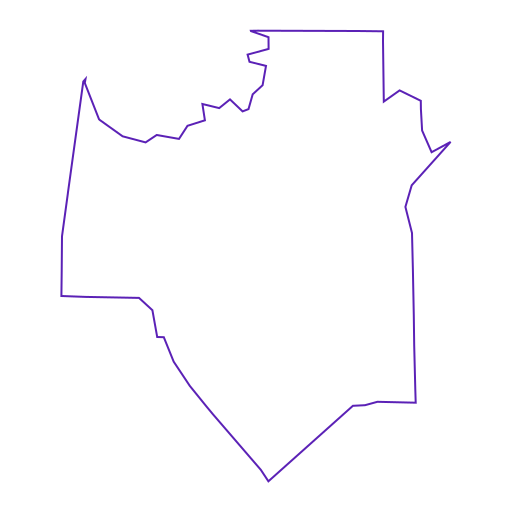 Marshall, Alabama, United States of America
{"feature_id": "52423323B91350179619182", "entity_name": "Marshall", "entity_type": "district", "adm_level": 2, "iso_a3": "USA", "parent_name": "United States of America", "parent_adm1": "Alabama", "projection": "albers", "projection_center": [-86.327, 34.349], "detail": "fine", "context": "isolated", "style": "outline", "palette": "violet", "viewbox_px": 512, "rotation_deg": 0, "n_neighbors": 0, "source": "geoboundaries", "source_scale": "gbopen_adm2", "svg_char_len": 889}
<svg xmlns="http://www.w3.org/2000/svg" viewBox="0 0 512 512"><path d="M157.2,337.0L163.8,337.2L173.7,361.7L183.9,377.0L189.8,385.9L206.4,406.4L212.7,414.0L260.8,469.8L268.4,481.3L352.9,405.8L365.0,405.2L377.4,401.8L415.7,402.7L415.3,389.6L414.2,345.5L413.8,315.9L412.9,269.9L412.0,233.0L405.4,206.9L411.7,185.3L450.6,141.9L431.6,152.2L422.1,130.5L420.9,109.0L420.8,100.8L399.6,90.4L383.8,101.6L383.0,40.9L383.1,31.3L357.5,31.0L259.0,30.7L257.3,30.7L250.9,30.8L251.0,31.1L268.5,37.2L268.6,48.9L247.6,54.6L249.5,61.8L266.0,65.9L262.6,85.2L252.7,94.3L248.5,109.1L242.6,111.4L230.0,99.4L219.2,108.1L202.4,104.0L204.9,120.3L187.5,125.8L179.0,138.9L156.7,135.0L145.6,142.4L122.6,136.3L99.8,120.0L99.0,119.2L84.8,83.0L85.5,79.0L83.3,81.5L68.0,192.2L67.8,193.9L62.0,236.3L61.7,271.7L61.4,296.0L85.5,296.9L139.0,297.9L152.4,310.2L157.2,337.0Z" fill="none" stroke="#5b21b6" stroke-width="2"/></svg>